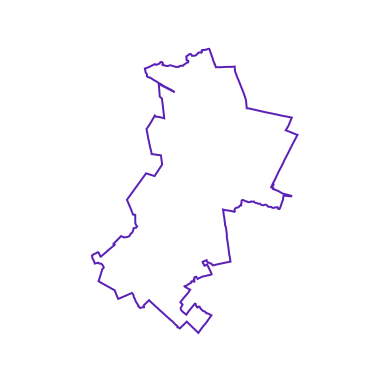 Vlasinesti, Botosani, Romania (Albers equal-area conic projection), rotated 157°
{"feature_id": "2599482B22967990997973", "entity_name": "Vlasinesti", "entity_type": "district", "adm_level": 2, "iso_a3": "ROU", "parent_name": "Romania", "parent_adm1": "Botosani", "projection": "albers", "projection_center": [26.916, 47.927], "detail": "fine", "context": "isolated", "style": "outline", "palette": "violet", "viewbox_px": 384, "rotation_deg": 157, "n_neighbors": 0, "source": "geoboundaries", "source_scale": "gbopen_adm2", "svg_char_len": 6064}
<svg xmlns="http://www.w3.org/2000/svg" viewBox="0 0 384 384"><g transform="rotate(157 192 192)"><path d="M214.3,242.7L206.3,237.9L208.7,229.0L220.2,221.3L227.0,227.1L254.9,210.3L254.9,199.5L255.1,194.2L253.4,193.4L253.2,193.1L255.5,187.6L256.4,185.3L256.4,184.7L256.3,183.0L256.0,181.7L257.4,181.0L258.3,181.3L258.9,181.2L259.7,181.5L259.9,181.5L261.4,179.3L262.0,178.9L262.7,178.2L263.4,177.9L264.6,177.6L264.9,177.4L266.0,176.4L266.8,175.9L268.0,175.8L269.7,176.0L272.4,176.8L272.7,177.1L273.5,178.0L274.5,179.1L284.6,174.9L283.9,173.6L288.3,172.2L292.4,171.0L295.4,169.9L301.3,168.1L301.5,168.4L301.5,170.0L301.6,170.9L301.6,172.4L301.7,172.9L302.1,173.3L302.3,173.4L304.5,173.1L306.5,173.2L308.9,172.6L309.1,171.9L309.4,170.3L309.5,168.9L309.3,168.3L309.4,164.1L308.7,164.1L307.3,163.7L305.9,163.5L305.4,162.4L303.7,161.6L303.3,160.9L302.8,159.4L302.7,157.9L302.7,157.2L302.8,156.8L303.0,156.6L304.7,156.0L311.7,147.7L312.9,146.5L311.9,145.0L301.5,131.6L301.7,130.5L301.6,129.1L301.7,127.7L301.7,125.3L301.8,122.6L301.6,122.4L286.6,122.5L286.5,121.5L286.2,120.5L286.3,119.0L286.6,118.4L286.7,117.7L286.4,116.9L286.5,112.9L286.1,110.8L285.8,108.7L285.7,108.3L285.7,108.2L286.1,108.0L285.9,107.5L285.0,105.4L283.5,105.4L281.1,104.7L280.9,104.9L280.9,106.2L280.7,106.5L273.8,109.2L273.7,108.7L271.7,104.3L270.0,100.5L269.0,98.6L268.3,96.7L266.8,93.6L261.7,82.6L260.1,79.7L260.0,79.3L259.9,78.7L258.4,75.2L257.9,74.5L257.9,74.0L258.3,73.2L258.2,73.0L257.4,72.6L257.1,72.4L256.5,71.2L247.4,74.7L246.1,71.3L245.0,68.8L241.2,59.8L235.4,63.4L232.4,64.9L230.9,65.6L222.3,70.9L222.6,71.4L223.6,72.4L224.1,73.2L225.1,74.0L225.6,74.7L226.2,74.9L226.5,75.5L226.4,75.8L226.8,76.8L227.2,77.3L228.0,77.8L228.4,78.2L229.2,80.3L229.6,80.8L229.6,81.9L230.0,83.0L229.9,83.5L230.4,83.8L230.9,83.9L231.7,83.5L232.1,83.5L232.5,84.1L232.5,85.6L232.8,86.9L232.8,87.1L232.4,87.5L232.9,88.1L241.0,83.9L245.2,81.3L247.1,84.8L248.0,87.0L248.1,87.5L248.1,88.3L248.0,89.2L247.8,89.5L244.6,92.2L245.2,93.5L245.8,95.1L241.7,97.4L234.9,100.7L233.9,101.5L231.9,102.8L235.2,106.9L235.7,108.1L235.2,108.2L234.2,108.0L233.7,108.0L231.2,108.5L228.4,108.8L228.1,108.9L228.0,109.6L227.7,109.8L227.4,109.9L226.8,109.8L224.8,108.6L224.6,109.0L224.6,109.6L224.9,110.3L224.8,110.5L224.3,110.9L223.7,111.0L223.6,112.0L223.3,112.3L222.5,112.6L221.9,112.6L221.2,112.3L220.8,109.8L215.9,110.1L210.8,109.2L208.3,108.7L206.1,108.5L206.0,108.8L206.0,111.6L206.4,119.5L209.0,119.2L209.4,119.3L209.3,120.5L209.7,122.2L209.5,123.6L205.2,123.5L205.4,122.8L205.4,122.4L204.8,121.1L204.0,120.1L203.5,119.6L202.7,119.1L202.5,118.9L202.4,118.3L201.6,117.3L201.7,116.6L201.5,116.3L201.2,116.2L196.3,115.4L183.8,112.9L183.8,113.8L183.2,114.8L182.9,116.2L182.4,118.3L182.1,120.4L181.8,121.1L180.7,125.0L180.4,125.7L180.0,127.2L179.6,129.0L179.0,131.1L177.6,136.7L177.3,137.6L176.7,138.7L174.5,146.4L174.6,147.8L174.4,148.8L173.5,151.4L173.5,151.9L172.3,155.8L171.7,158.6L170.6,162.3L170.3,163.7L169.3,162.9L163.8,159.5L160.7,157.2L160.0,157.6L159.9,158.7L159.6,159.2L159.3,159.5L158.3,160.1L157.2,160.1L155.4,159.8L154.8,159.9L153.6,160.6L152.2,160.4L151.9,160.5L151.9,161.2L151.8,161.6L150.9,162.2L149.9,164.4L149.5,164.8L148.9,165.0L148.0,164.5L147.4,164.0L147.2,163.8L146.6,162.7L145.2,161.9L144.6,161.0L143.9,160.5L142.7,160.1L142.2,160.0L141.3,160.2L140.8,159.9L140.2,159.4L139.6,159.4L138.8,159.1L138.7,158.3L138.2,157.6L136.6,156.4L135.9,155.6L134.1,154.7L133.8,154.1L133.6,153.5L133.2,153.1L132.3,152.3L131.5,151.9L129.9,151.8L128.9,151.4L127.8,149.6L127.7,148.9L127.4,148.5L125.2,147.5L124.9,147.3L124.3,146.2L124.0,146.0L123.0,145.4L122.2,145.5L121.5,145.3L120.6,144.9L119.9,144.9L119.6,144.8L119.2,144.5L119.1,144.0L119.3,143.4L119.2,143.3L119.1,142.8L118.7,142.4L118.2,142.1L116.7,143.4L113.6,146.9L111.0,149.6L110.6,150.8L109.8,151.7L109.5,152.4L108.7,152.8L103.6,149.8L102.3,149.3L102.1,149.7L109.3,155.3L112.3,159.3L116.1,163.0L115.6,163.3L115.5,163.5L116.5,164.6L113.9,167.2L114.2,167.6L116.8,165.2L117.2,165.5L114.0,168.4L110.7,171.1L103.8,177.3L100.0,180.3L97.1,182.8L94.3,185.4L88.3,190.3L81.4,196.2L75.1,201.3L73.8,202.4L73.1,203.1L72.6,203.5L73.3,204.0L81.6,212.2L77.4,215.2L71.1,221.5L75.7,224.7L78.4,226.4L86.7,232.3L93.7,237.1L106.3,246.2L107.4,246.9L108.9,247.7L106.4,255.5L105.8,262.8L105.5,275.4L105.5,281.7L105.3,282.5L105.3,285.3L105.0,286.8L104.4,288.9L103.7,290.8L106.9,291.8L112.1,294.0L115.9,295.3L121.3,297.6L121.0,300.4L121.3,300.5L121.2,301.4L121.1,302.1L121.1,304.6L120.8,306.7L120.2,316.5L120.2,317.0L121.3,317.5L122.9,317.4L123.7,317.5L124.0,317.8L124.5,317.9L125.4,317.8L126.7,318.7L127.0,318.7L127.7,318.6L127.9,318.4L128.2,317.0L128.3,316.8L128.7,316.6L129.2,316.7L129.9,317.3L131.3,317.7L131.7,317.7L132.1,317.4L132.9,317.2L133.2,316.9L134.8,316.4L135.9,316.3L138.8,317.3L138.9,317.9L138.9,318.6L139.1,319.3L139.5,319.7L140.8,319.9L141.9,319.3L143.6,319.3L144.0,319.2L144.3,318.9L144.5,318.5L144.5,317.5L145.3,316.4L145.4,315.9L145.4,315.5L145.3,315.2L144.6,314.8L144.3,314.3L144.3,313.6L144.7,313.0L145.1,312.8L145.6,313.0L146.3,312.9L149.9,312.3L150.3,312.0L151.0,311.7L151.7,312.2L152.2,312.2L153.8,312.8L154.2,312.8L154.9,312.5L155.7,312.3L156.7,313.1L157.4,313.2L157.8,313.3L162.2,317.0L163.0,317.3L165.0,317.4L166.3,318.0L166.8,318.3L167.9,319.5L168.8,319.8L169.5,320.3L169.5,320.9L168.8,321.5L168.4,322.0L168.4,322.4L168.6,322.8L169.4,323.7L170.5,323.8L171.4,323.1L172.2,322.9L175.2,323.0L175.7,323.4L176.1,324.2L181.0,324.0L181.9,323.8L187.2,324.0L188.0,319.9L187.7,319.0L187.5,318.1L187.6,317.6L188.1,316.9L188.3,316.2L187.8,315.6L187.7,315.4L187.7,315.0L187.1,314.6L185.9,313.6L185.1,312.6L183.0,309.4L181.7,307.9L180.9,306.5L179.7,304.8L178.0,302.8L177.7,302.4L177.3,301.4L176.1,299.9L171.5,294.5L170.2,292.7L169.0,290.7L169.4,291.0L170.1,292.0L171.7,294.0L180.4,304.4L182.3,298.6L184.4,292.5L183.2,289.7L185.2,282.6L186.1,279.7L186.3,278.8L188.8,270.7L190.7,272.2L193.3,274.1L196.1,275.7L196.3,276.9L204.2,271.0L209.3,267.7L210.6,261.5L211.5,257.9L211.7,256.1L212.2,254.0L213.3,248.2L213.5,246.3L214.3,242.7Z" fill="none" stroke="#5b21b6" stroke-width="2"/></g></svg>